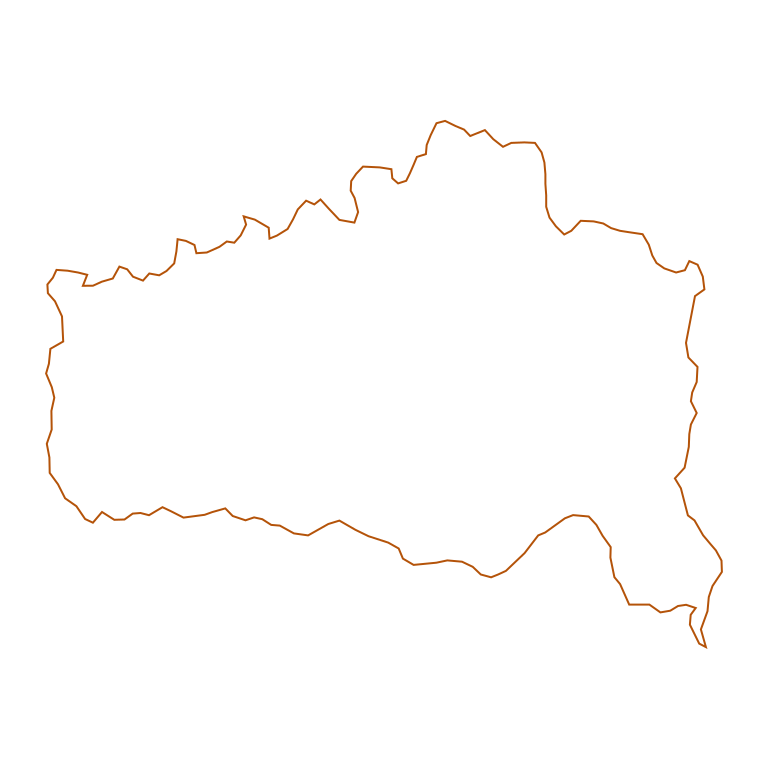 Campo do Tenente, Paraná, Brazil (Albers equal-area conic projection)
{"feature_id": "56859067B28221247728736", "entity_name": "Campo do Tenente", "entity_type": "district", "adm_level": 2, "iso_a3": "BRA", "parent_name": "Brazil", "parent_adm1": "Paraná", "projection": "albers", "projection_center": [-49.655, -25.98], "detail": "fine", "context": "isolated", "style": "outline", "palette": "amber", "viewbox_px": 768, "rotation_deg": 0, "n_neighbors": 0, "source": "geoboundaries", "source_scale": "gbopen_adm2", "svg_char_len": 2536}
<svg xmlns="http://www.w3.org/2000/svg" viewBox="0 0 768 768"><path d="M704.4,289.4L702.8,276.6L697.6,264.7L689.3,261.1L684.9,270.2L676.1,272.5L664.3,268.4L656.5,263.0L652.3,255.5L648.8,244.7L642.6,234.2L629.0,232.2L620.0,230.8L611.1,228.1L603.3,223.5L593.7,221.4L580.7,220.8L571.3,230.8L564.2,234.5L555.9,226.3L549.5,217.6L546.2,206.8L546.2,195.4L545.4,183.8L545.4,174.2L544.4,162.5L541.6,152.4L535.0,142.9L524.4,142.4L511.3,142.9L503.0,146.8L493.3,139.2L484.9,130.1L470.2,136.0L464.1,129.6L455.5,126.0L445.1,120.9L436.5,123.2L430.7,135.1L426.7,145.0L425.9,154.1L416.9,156.9L413.6,164.8L409.9,173.3L406.2,180.8L398.1,183.4L392.3,178.3L391.4,169.2L379.8,167.4L363.0,166.6L356.2,173.8L351.2,181.1L350.7,190.7L354.6,198.0L358.1,212.1L354.4,222.6L339.4,219.9L329.0,208.9L320.5,199.5L314.3,204.4L306.1,200.7L297.8,209.4L293.0,219.4L287.6,229.0L276.9,235.6L269.5,238.6L268.7,227.7L254.8,219.6L243.7,216.4L246.1,224.6L240.7,235.4L234.3,242.7L226.8,241.5L219.5,246.8L206.8,252.5L196.4,253.2L194.5,245.0L185.9,240.9L177.6,239.2L176.4,251.4L174.2,263.4L166.5,271.0L159.2,275.3L149.3,273.5L143.0,280.6L133.0,276.7L127.2,269.3L119.4,266.6L112.8,278.5L101.8,281.7L93.0,285.7L82.9,285.8L87.2,274.8L78.0,272.5L67.6,270.7L56.5,269.9L52.9,277.7L47.4,284.5L47.9,293.2L55.0,301.3L62.0,316.4L63.2,341.5L50.4,348.8L48.9,363.8L46.1,373.5L51.8,387.2L54.3,397.7L51.4,410.9L51.7,429.5L46.8,443.8L49.4,457.5L49.7,472.9L58.0,484.3L65.1,498.3L76.4,506.2L85.1,519.0L92.9,522.7L102.0,512.0L114.3,519.8L124.5,519.5L132.7,513.6L140.5,513.0L149.0,515.2L162.5,507.2L170.7,511.1L183.5,517.6L204.7,514.8L212.2,512.1L225.3,508.4L232.7,516.0L245.5,520.3L254.1,517.4L262.3,519.2L271.2,524.9L279.8,525.6L293.9,533.4L308.1,535.4L328.3,524.0L339.4,520.6L355.4,529.8L368.5,536.2L388.2,542.6L398.7,548.5L402.9,558.6L413.6,564.9L436.4,562.7L447.3,560.4L462.0,561.7L472.7,566.8L480.8,574.5L491.1,577.3L498.1,574.5L505.9,570.9L524.6,553.1L538.2,535.4L545.2,532.5L564.9,518.3L573.1,515.1L588.7,516.5L596.4,524.9L602.6,535.8L610.7,547.1L610.4,557.6L614.4,577.2L620.1,584.1L629.2,604.6L640.7,604.6L649.4,604.6L660.4,612.4L670.3,610.7L678.0,606.0L686.1,604.8L695.7,608.0L690.7,614.8L689.9,624.7L699.2,643.6L705.9,647.1L700.9,629.4L707.5,611.2L708.8,597.0L712.5,586.0L721.9,571.9L721.5,560.6L715.9,550.4L710.4,544.0L703.1,535.3L694.5,520.4L687.9,515.4L680.9,488.3L674.9,478.4L684.6,467.7L688.8,446.9L689.3,434.1L690.9,424.5L696.7,413.0L690.9,401.2L692.2,392.5L696.7,382.0L697.5,366.9L688.4,357.5L686.0,342.9L695.0,296.1L704.4,289.4Z" fill="none" stroke="#b45309" stroke-width="2"/></svg>